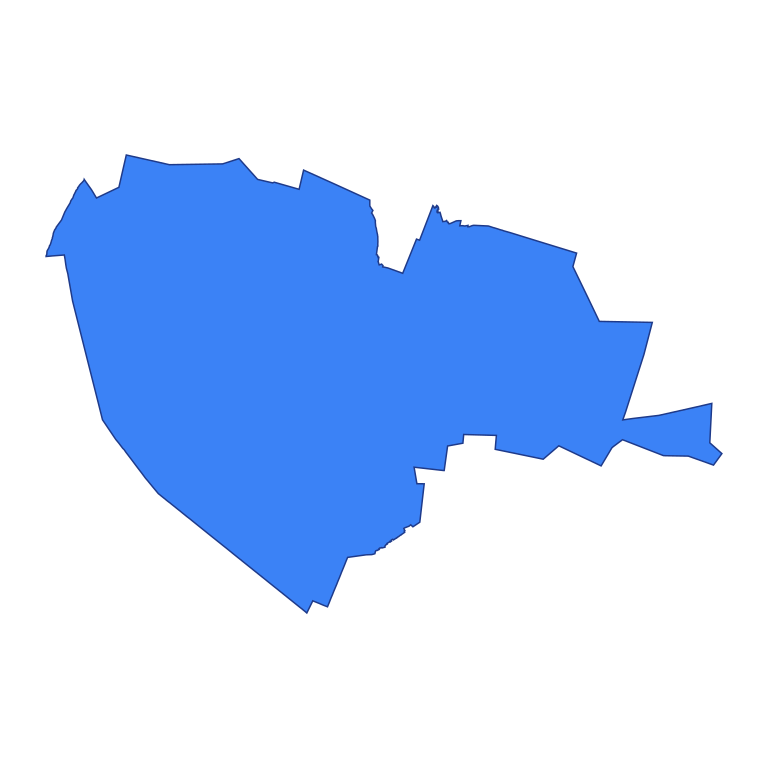 Villa de Ramos, San Luis Potosí, Mexico (Mercator projection)
{"feature_id": "50627088B71687106347178", "entity_name": "Villa de Ramos", "entity_type": "district", "adm_level": 2, "iso_a3": "MEX", "parent_name": "Mexico", "parent_adm1": "San Luis Potosí", "projection": "mercator", "projection_center": [-101.949, 22.904], "detail": "fine", "context": "isolated", "style": "filled", "palette": "blue", "viewbox_px": 768, "rotation_deg": 0, "n_neighbors": 0, "source": "geoboundaries", "source_scale": "gbopen_adm2", "svg_char_len": 5436}
<svg xmlns="http://www.w3.org/2000/svg" viewBox="0 0 768 768"><path d="M576.6,253.1L568.8,250.7L534.0,240.0L510.4,232.7L503.7,230.8L502.1,230.2L501.2,230.0L500.5,229.8L499.8,229.6L498.7,229.2L494.5,227.9L494.1,227.8L493.3,227.6L488.4,226.0L473.8,225.3L472.2,225.6L470.7,226.2L469.4,226.7L467.8,226.7L468.0,225.4L466.4,225.7L465.0,226.0L464.9,226.0L463.1,225.8L463.0,225.7L461.5,225.7L459.8,225.8L460.9,220.7L459.1,220.7L458.3,220.7L457.2,220.8L456.4,220.9L456.2,220.9L450.6,223.4L449.1,223.9L449.1,224.3L448.7,223.3L448.2,222.3L447.7,222.5L447.1,221.5L446.6,220.5L446.0,220.9L445.8,221.1L444.9,221.4L443.4,221.5L442.8,221.6L442.3,219.8L441.3,216.8L440.8,215.1L440.4,213.4L440.3,213.2L440.0,212.3L439.4,212.5L439.0,212.5L438.9,212.6L438.5,212.6L438.4,212.6L438.0,212.7L438.0,212.2L437.2,212.3L437.2,212.2L437.1,211.8L437.1,211.7L437.0,211.3L437.4,211.3L437.5,211.3L437.9,211.2L437.9,210.9L437.5,210.9L437.5,210.4L437.5,210.1L437.9,210.1L438.0,210.0L438.0,209.9L438.0,209.5L438.1,209.4L438.1,208.8L438.6,208.9L438.5,208.4L438.4,207.4L437.6,206.1L436.7,205.4L436.4,205.9L436.9,206.5L436.5,207.2L435.5,207.0L434.9,208.1L434.2,207.8L433.7,206.4L432.9,205.6L430.5,211.9L419.6,240.2L416.5,239.1L410.3,254.5L402.7,273.3L388.0,268.0L384.1,267.1L382.7,266.9L383.0,265.6L382.9,265.5L382.2,264.8L381.6,264.1L379.2,264.9L378.2,261.8L378.3,261.8L378.2,261.5L378.8,257.7L378.4,257.7L378.5,256.9L377.7,256.7L377.7,255.5L377.3,254.9L376.4,254.7L376.9,250.9L377.1,249.4L377.5,246.6L377.9,246.1L377.8,244.9L377.8,244.3L377.8,243.2L377.9,242.0L377.8,238.7L377.8,236.6L377.6,235.6L377.5,234.5L377.3,233.8L377.0,232.4L376.7,230.9L376.5,229.6L376.3,228.3L376.0,227.4L375.7,226.6L375.5,224.2L375.3,222.1L375.4,220.7L374.6,218.5L373.1,215.4L372.4,214.1L371.6,213.1L372.9,210.4L372.3,209.7L372.2,209.6L371.9,209.3L371.9,209.2L371.7,209.0L371.3,208.3L370.8,207.6L370.4,206.9L369.9,206.2L369.8,205.0L369.8,203.7L369.8,203.2L369.8,202.4L369.8,201.6L369.8,200.8L369.8,200.1L334.7,184.1L303.6,170.1L299.1,189.3L274.2,182.2L272.7,182.9L257.6,179.4L239.0,158.6L222.6,163.9L169.4,164.7L126.3,155.0L123.3,168.0L118.9,187.3L96.5,198.0L94.9,195.4L93.0,192.2L91.4,189.6L89.1,186.4L88.6,185.7L84.8,180.3L84.2,179.4L84.1,179.9L83.8,180.5L83.5,180.9L83.3,181.2L83.0,181.5L82.5,182.0L82.1,182.5L81.6,183.0L81.0,183.5L80.2,184.4L79.4,185.3L79.0,186.0L78.6,186.6L78.1,187.2L77.8,187.6L77.6,187.9L77.6,188.3L77.7,188.5L77.4,189.0L77.2,189.3L76.9,189.6L76.6,189.9L76.2,190.2L75.6,191.4L75.7,191.6L75.4,192.1L75.1,192.6L74.6,193.5L74.3,194.3L73.9,194.8L73.7,195.6L73.4,196.2L73.3,196.7L73.1,197.2L72.9,197.9L72.3,198.6L72.0,199.0L71.7,199.5L71.4,200.0L71.1,200.3L70.9,200.7L70.5,201.8L70.4,202.0L70.2,202.8L66.8,208.4L64.8,212.0L61.5,220.0L56.2,227.2L56.1,227.8L55.7,228.4L55.5,228.9L55.4,229.0L55.2,229.1L54.9,229.6L54.7,229.9L54.5,230.2L54.5,230.3L54.3,230.9L53.8,232.0L53.3,233.4L53.2,234.4L52.9,235.8L52.8,236.4L52.5,237.3L52.3,237.9L52.4,238.3L52.1,239.1L51.7,240.0L51.4,240.8L51.4,241.0L51.0,242.5L50.9,242.7L50.8,243.0L50.7,243.5L50.3,244.5L50.0,245.1L49.8,245.5L49.6,245.6L49.4,246.0L49.3,246.6L49.2,247.0L49.1,247.3L48.4,248.7L48.1,249.2L47.9,249.5L47.5,250.2L47.1,251.0L47.0,251.4L46.9,252.4L46.9,253.2L46.8,253.8L46.8,254.0L46.8,254.3L46.5,255.1L46.4,255.3L46.3,255.6L46.2,255.6L46.2,255.8L46.1,256.5L52.5,255.9L53.9,255.8L64.3,255.0L65.1,259.5L65.4,261.8L65.8,264.7L66.4,268.3L67.5,272.5L67.9,274.1L68.1,275.5L72.6,301.1L87.2,359.1L98.5,403.8L102.5,419.8L115.8,439.5L118.7,443.0L122.8,448.4L124.1,449.6L124.5,450.2L125.8,452.1L130.3,458.0L136.9,466.8L142.1,473.6L145.2,477.8L146.5,479.4L147.4,480.4L152.8,487.0L158.3,493.6L167.8,501.3L168.5,501.8L169.1,502.3L170.1,503.0L170.9,503.7L177.5,509.0L186.9,516.6L188.5,517.8L209.6,534.8L217.1,540.8L224.6,546.8L226.0,547.9L229.2,550.5L233.0,553.6L305.1,611.5L306.8,613.0L312.8,600.8L313.9,601.3L315.4,601.9L316.9,602.5L318.4,603.1L318.5,603.1L319.9,603.7L321.4,604.4L321.5,604.4L322.9,605.0L324.4,605.6L326.0,606.2L327.5,606.8L328.7,603.8L328.8,603.7L330.0,600.6L331.1,597.8L332.4,594.8L333.6,591.7L335.5,587.2L336.8,584.1L337.6,582.0L339.4,577.7L340.6,574.7L341.4,572.6L341.8,571.6L342.4,570.3L342.4,570.2L343.6,567.3L344.9,564.1L345.8,561.8L347.6,557.4L366.3,554.8L371.8,554.6L373.3,554.2L374.3,553.9L374.9,553.7L375.4,551.4L375.9,550.7L376.9,550.4L376.9,550.5L377.1,550.5L378.3,549.9L379.2,549.5L379.0,549.2L378.8,549.0L379.4,548.3L379.6,548.1L380.7,547.9L380.9,548.0L381.2,547.7L381.3,547.6L382.0,547.7L382.2,547.9L385.0,547.2L385.0,546.0L385.6,545.1L386.3,544.6L386.6,544.5L387.3,544.0L387.0,543.4L388.6,542.5L389.1,542.2L389.8,541.5L390.2,542.0L391.6,541.0L391.1,540.3L391.5,540.0L392.5,539.3L393.2,539.5L393.5,539.9L394.3,539.4L396.4,538.0L396.5,538.1L397.3,537.5L397.6,537.1L397.9,537.0L398.4,536.7L398.5,536.7L400.5,535.1L400.8,535.1L401.3,534.8L401.4,534.7L401.7,534.4L403.4,533.2L404.7,532.3L404.2,531.1L404.9,530.7L404.0,528.9L403.8,528.4L404.8,527.8L407.4,526.8L409.0,526.2L410.7,524.8L412.9,526.8L419.8,522.2L424.2,483.8L416.9,483.7L414.1,467.2L443.3,470.5L444.2,470.5L447.6,446.0L462.9,443.2L463.7,434.5L496.4,435.4L495.6,444.4L495.2,449.3L543.2,459.2L558.8,445.8L601.1,465.9L611.9,447.8L613.3,446.6L622.5,439.7L663.4,455.6L665.3,455.7L688.3,456.1L713.5,465.1L721.9,453.6L709.8,442.8L711.8,403.4L696.6,406.9L658.8,415.4L632.8,418.5L622.8,419.9L625.7,411.6L632.4,390.6L643.9,354.6L652.3,322.4L599.3,321.4L589.9,301.8L587.9,297.6L572.9,266.6L576.6,253.1Z" fill="#3b82f6" stroke="#1e3a8a" stroke-width="1.5"/></svg>